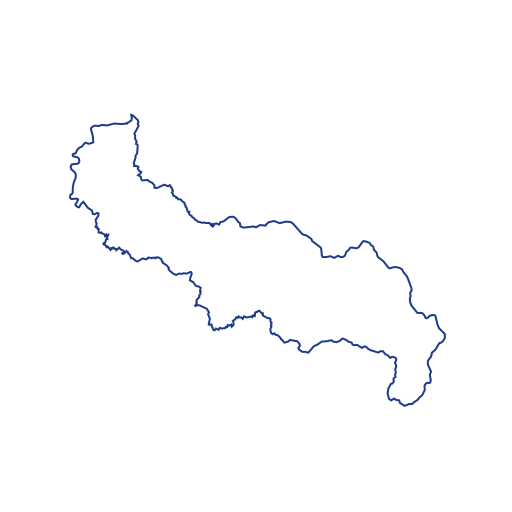 the district of Neira, Caldas, Colombia, rotated 20°
{"feature_id": "7082276B80634315286729", "entity_name": "Neira", "entity_type": "district", "adm_level": 2, "iso_a3": "COL", "parent_name": "Colombia", "parent_adm1": "Caldas", "projection": "mercator", "projection_center": [-75.515, 5.192], "detail": "fine", "context": "isolated", "style": "outline", "palette": "blue", "viewbox_px": 512, "rotation_deg": 20, "n_neighbors": 0, "source": "geoboundaries", "source_scale": "gbopen_adm2", "svg_char_len": 6076}
<svg xmlns="http://www.w3.org/2000/svg" viewBox="0 0 512 512"><g transform="rotate(20 256 256)"><path d="M429.9,344.8L432.4,345.5L434.4,342.7L436.7,343.3L439.9,342.7L441.5,344.8L446.7,346.0L448.9,344.4L450.0,343.0L453.5,341.7L454.1,340.0L457.3,335.5L457.7,333.6L459.8,329.9L460.4,324.1L458.8,320.5L458.8,319.2L459.9,316.7L461.9,316.3L463.0,315.3L462.7,312.9L460.0,308.2L460.0,304.7L454.6,299.2L453.6,296.6L453.6,294.8L454.9,290.4L454.4,286.6L456.6,282.8L458.1,275.1L459.6,274.1L460.8,272.1L461.5,268.4L460.1,264.7L452.7,261.3L449.8,258.1L444.9,250.7L443.8,250.6L441.3,251.5L439.4,253.2L438.4,255.5L437.5,256.2L436.6,256.2L434.1,253.9L432.3,253.0L431.1,252.9L427.1,254.3L418.7,249.2L416.3,246.1L415.1,243.3L415.0,240.7L413.4,237.9L414.0,235.0L412.7,232.6L405.2,223.8L399.9,220.6L397.8,218.6L394.5,218.1L391.5,218.5L388.5,219.8L385.9,221.9L384.8,221.9L377.5,217.4L370.5,215.1L368.2,211.6L364.6,209.7L363.0,207.1L360.2,206.4L358.2,204.8L352.8,204.9L351.8,205.4L351.0,207.0L349.8,211.8L348.9,213.4L347.2,214.6L342.9,215.3L341.5,216.4L341.0,218.8L339.6,221.1L339.4,225.4L338.0,227.3L335.8,228.1L333.0,227.7L330.2,231.0L326.1,230.7L322.3,233.0L319.0,234.2L317.8,233.2L314.6,226.6L313.0,225.6L303.7,222.8L302.3,221.1L300.0,220.4L296.0,219.4L293.6,219.8L291.6,219.4L279.6,212.9L276.7,212.2L272.1,213.6L266.9,217.1L261.1,216.9L256.5,219.8L254.7,223.0L254.6,224.2L249.3,225.5L246.2,229.0L243.6,229.1L234.6,233.6L231.2,233.5L229.6,230.6L227.5,230.0L224.5,227.8L222.2,227.0L220.4,227.1L217.2,228.9L213.8,234.4L210.9,236.4L210.7,239.0L207.7,239.0L206.3,239.8L205.3,243.1L204.0,242.8L204.8,241.7L204.5,240.8L203.9,240.7L202.7,241.8L200.7,240.9L197.8,242.2L196.1,242.1L194.5,243.1L189.4,243.6L187.6,242.7L186.1,242.7L184.9,241.6L183.0,241.4L181.6,240.2L180.4,240.3L179.1,239.5L178.1,238.4L178.3,237.4L176.4,237.5L174.4,234.5L172.9,233.8L172.8,232.9L171.2,231.8L170.9,230.6L167.0,229.4L166.6,228.8L164.4,228.8L163.4,229.4L162.1,228.3L161.2,228.7L160.5,227.7L157.6,227.6L156.7,225.9L155.3,225.3L155.6,222.9L154.5,222.2L153.7,220.8L152.5,220.6L151.3,218.9L150.5,219.1L149.5,220.5L145.4,220.4L139.5,226.1L137.6,226.6L137.1,226.5L136.6,224.6L133.8,222.8L130.4,222.5L128.2,221.6L123.3,223.9L121.9,223.2L120.6,220.9L117.6,220.4L119.2,217.9L119.4,216.3L117.3,216.0L115.5,214.8L114.9,214.0L115.0,212.5L113.2,212.3L110.7,213.1L110.5,211.8L109.4,210.7L109.2,204.9L108.5,203.2L109.2,200.3L107.2,193.1L106.5,192.0L104.9,191.7L104.8,189.5L102.1,186.9L101.4,184.4L99.9,182.7L101.2,173.7L99.6,172.2L99.8,170.5L98.7,168.9L92.2,166.0L90.5,166.1L92.0,168.5L92.6,170.9L90.5,174.1L88.9,175.4L89.2,175.8L84.0,178.2L77.5,180.0L71.5,184.2L66.5,185.5L63.5,187.8L60.3,188.5L58.1,190.4L57.4,191.8L57.4,193.0L62.0,199.7L64.2,204.9L61.3,207.3L59.8,207.9L57.7,207.7L56.5,208.4L55.0,212.6L53.1,214.6L51.7,217.3L51.4,221.2L49.4,222.5L49.0,223.5L50.0,224.8L54.6,224.3L56.3,225.1L57.6,227.3L57.5,229.3L56.9,230.2L51.6,232.9L51.2,235.3L52.6,237.5L57.6,239.6L59.3,242.1L59.8,244.5L59.6,249.3L60.3,253.8L62.1,259.3L62.1,260.1L60.7,261.9L61.2,264.6L62.1,265.4L63.2,265.5L67.7,263.5L69.3,263.5L69.6,264.0L68.8,269.6L69.2,270.2L71.9,271.0L73.1,270.8L73.7,267.3L75.2,264.1L81.5,268.2L86.2,269.3L88.4,272.4L90.1,271.9L92.0,269.9L93.4,269.8L94.1,271.9L93.0,276.5L93.9,278.8L95.2,280.2L95.5,281.4L95.2,283.4L96.3,283.9L97.2,283.3L98.0,284.6L99.0,284.5L100.1,287.8L102.0,287.4L102.6,286.7L103.9,287.4L106.5,287.6L107.1,288.6L107.9,286.9L108.8,287.3L109.8,286.5L110.1,287.5L108.9,289.0L109.6,289.1L110.5,290.8L109.8,290.8L109.4,291.7L109.7,295.0L108.5,296.0L108.4,296.7L109.5,297.4L110.5,297.0L112.7,298.9L113.3,298.7L113.4,297.9L113.9,298.0L117.2,300.1L117.4,299.2L116.6,298.8L118.3,297.3L118.9,298.7L119.0,297.0L120.3,297.0L121.1,297.7L122.1,297.4L122.8,298.3L124.6,294.9L126.7,296.1L129.8,296.3L130.8,297.5L129.3,299.1L129.7,299.6L130.4,299.5L131.8,297.8L132.5,295.7L133.2,296.1L134.0,295.9L134.9,297.1L136.6,297.7L139.5,300.8L140.9,300.3L144.9,301.7L146.5,301.7L150.4,297.0L153.8,296.8L155.1,295.3L155.0,294.7L155.8,294.1L158.6,293.8L160.6,292.3L162.0,292.7L162.7,292.1L162.9,291.2L165.0,290.7L168.2,291.4L169.1,292.8L170.0,293.1L170.5,294.2L175.4,295.4L178.3,297.1L178.3,298.3L180.1,299.4L183.9,300.8L187.3,301.2L189.9,298.8L192.8,298.0L193.8,297.0L197.0,296.2L199.8,293.5L200.7,293.4L201.7,294.7L201.7,299.0L202.3,301.5L205.6,301.9L209.7,304.6L212.8,304.3L214.9,304.8L215.3,307.7L216.1,308.1L215.9,309.0L216.7,310.1L216.2,313.0L216.8,313.8L215.2,317.8L215.8,318.7L215.7,319.9L216.5,320.5L216.1,323.0L215.4,324.2L218.2,322.1L219.5,321.7L227.8,322.4L231.0,324.9L230.9,327.1L234.1,330.7L235.0,336.6L235.9,336.6L237.4,335.6L241.4,340.2L242.6,339.9L243.1,337.9L246.2,338.1L246.5,335.9L248.8,335.8L251.9,334.2L251.8,333.1L253.2,332.6L253.1,330.5L254.6,330.6L256.1,328.9L257.4,330.7L258.5,328.3L256.6,324.6L258.2,322.5L258.2,320.6L259.3,319.9L260.0,320.3L260.3,318.7L261.8,319.2L263.0,318.8L265.0,319.7L265.5,316.8L268.3,317.0L271.5,314.9L273.4,314.8L273.1,313.5L273.6,312.7L274.5,313.2L275.4,312.9L274.6,309.4L275.4,308.4L276.1,308.5L276.7,307.1L278.0,306.3L281.4,308.1L281.9,307.5L283.1,309.7L288.4,310.4L289.9,309.8L291.3,310.5L291.8,312.4L293.6,313.5L293.3,314.4L294.2,315.7L293.8,316.3L294.7,317.4L294.3,319.3L296.1,322.9L298.3,323.8L299.6,322.4L301.4,323.4L302.8,323.0L304.4,323.4L307.0,324.6L308.0,325.7L309.0,325.7L312.3,327.7L315.6,325.3L316.7,323.3L323.6,322.0L325.9,323.0L327.5,324.4L327.9,325.7L327.2,327.7L327.5,328.3L329.0,329.4L332.5,330.2L334.9,329.2L338.2,329.0L341.2,321.0L343.8,318.5L347.0,314.0L352.0,311.7L354.9,309.7L356.2,309.4L357.9,310.1L361.4,309.3L364.0,306.8L365.2,304.3L365.9,303.9L370.1,304.1L372.1,304.9L375.5,304.7L377.0,306.2L378.4,306.3L381.6,305.0L387.0,306.1L388.7,304.0L390.0,303.6L393.4,304.9L396.0,305.3L404.0,304.9L405.5,302.9L407.9,302.1L410.8,303.9L414.5,304.5L416.5,305.8L417.3,305.6L418.0,304.4L419.0,303.9L421.5,303.9L422.8,304.5L423.4,305.5L423.1,308.9L424.6,310.2L425.6,312.1L425.7,315.2L427.2,317.5L427.4,320.2L428.4,322.1L427.2,323.8L427.7,325.8L428.4,326.5L428.3,327.8L427.7,329.3L426.4,330.1L425.7,335.4L426.7,340.3L429.9,344.8Z" fill="none" stroke="#1e3a8a" stroke-width="2"/></g></svg>